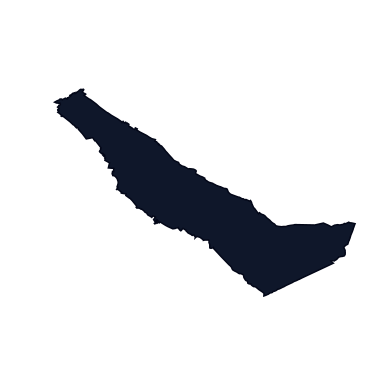 the district of Danesti, Harghita, Romania, rotated 210°
{"feature_id": "2599482B45137216184819", "entity_name": "Danesti", "entity_type": "district", "adm_level": 2, "iso_a3": "ROU", "parent_name": "Romania", "parent_adm1": "Harghita", "projection": "mercator", "projection_center": [25.693, 46.518], "detail": "fine", "context": "isolated", "style": "filled", "palette": "ink", "viewbox_px": 384, "rotation_deg": 210, "n_neighbors": 0, "source": "geoboundaries", "source_scale": "gbopen_adm2", "svg_char_len": 6005}
<svg xmlns="http://www.w3.org/2000/svg" viewBox="0 0 384 384"><g transform="rotate(210 192 192)"><path d="M336.9,226.5L337.2,226.6L337.4,226.7L338.2,226.0L339.9,225.1L340.5,223.7L340.7,222.6L341.0,222.1L341.1,221.6L341.4,221.3L341.5,220.9L341.8,220.6L341.8,220.2L342.2,220.2L342.1,219.7L342.1,219.1L342.2,218.9L342.6,218.7L343.0,218.9L343.2,219.2L343.4,219.2L343.6,218.8L344.2,218.3L344.1,218.1L344.3,217.9L344.6,217.7L344.5,217.3L344.9,217.1L345.0,216.2L345.5,215.5L345.0,215.5L344.9,215.3L345.0,214.7L345.2,214.4L345.8,214.2L345.4,213.8L345.6,212.8L346.1,212.5L346.4,211.7L346.9,211.4L347.0,211.0L346.9,210.9L346.5,210.8L346.4,210.7L346.5,210.3L346.8,210.0L347.5,209.9L348.6,210.0L350.5,207.0L351.2,207.3L351.7,207.2L352.4,206.7L352.5,206.3L352.8,206.4L353.3,205.0L353.7,204.3L354.3,203.8L355.0,202.6L355.9,201.1L353.9,201.3L351.9,202.2L351.6,202.2L351.0,202.8L350.9,202.6L350.1,202.5L349.9,202.2L349.8,201.6L350.2,200.9L350.1,200.6L350.2,200.3L350.6,200.3L350.5,199.7L350.9,198.3L348.9,197.9L349.1,197.0L349.5,196.2L349.3,195.9L349.1,196.2L348.2,195.7L347.9,195.7L348.1,193.9L347.2,193.9L343.1,193.3L343.3,192.4L342.4,192.4L342.2,193.2L332.6,191.8L328.5,190.8L327.7,190.9L326.9,190.8L326.2,190.4L324.1,189.8L323.9,190.4L323.1,190.5L322.7,190.4L322.2,189.8L321.4,189.4L315.9,187.6L310.1,185.1L305.2,189.4L301.8,187.7L301.3,188.2L292.7,184.7L292.9,183.8L292.3,183.1L292.5,181.6L292.4,180.9L291.7,180.5L289.0,180.0L288.8,180.0L288.6,180.9L286.4,180.3L287.0,179.8L285.8,179.4L285.9,179.2L287.1,179.5L287.3,179.2L284.1,178.3L284.3,177.6L283.8,177.5L283.3,175.9L278.0,176.0L276.5,171.0L273.3,172.5L272.1,173.2L271.5,173.4L271.0,172.1L270.0,170.5L271.1,170.1L270.3,167.9L270.0,168.1L269.8,168.0L269.4,167.5L269.1,166.9L268.8,166.6L268.2,166.9L267.0,167.2L265.2,166.8L263.5,166.1L261.0,163.9L260.2,162.3L259.8,160.6L259.5,159.0L258.5,159.2L258.6,156.5L258.3,156.5L258.2,157.4L252.9,156.5L252.9,155.8L252.3,155.8L248.1,157.3L247.6,155.9L243.1,155.4L242.5,155.5L239.3,154.6L234.2,152.6L233.2,152.3L232.8,151.7L232.7,151.2L232.6,151.3L232.4,151.2L231.9,150.6L231.6,150.5L231.2,150.9L230.2,151.4L229.3,151.7L228.7,151.7L228.1,151.6L227.7,151.8L227.4,151.7L227.1,152.0L224.5,151.7L222.6,151.0L220.6,151.1L219.6,150.4L218.5,150.0L216.7,150.1L214.6,150.0L214.1,149.9L214.0,151.9L211.1,151.9L211.5,148.9L209.9,148.1L209.4,147.9L208.7,150.5L207.8,150.3L207.2,150.0L208.4,147.5L208.9,146.0L208.2,145.8L207.4,147.8L206.7,147.4L205.8,149.1L205.0,148.9L204.8,150.1L198.2,149.9L195.4,150.0L190.2,150.5L188.3,152.0L188.2,152.3L186.2,154.4L185.8,154.2L185.7,153.7L184.4,153.4L183.8,153.0L182.3,152.8L182.0,153.5L181.9,154.7L181.6,156.0L179.5,155.8L178.6,156.0L177.4,155.2L176.5,155.1L175.2,154.6L173.3,154.6L171.4,154.8L171.0,154.6L170.1,154.5L169.0,155.8L168.7,155.7L167.9,155.1L167.2,155.0L166.6,154.6L166.3,153.8L166.0,154.9L165.3,156.0L163.1,156.6L162.0,156.7L158.3,156.2L158.0,155.8L157.3,156.5L153.8,158.6L153.5,158.7L152.5,157.8L152.1,156.8L151.8,156.5L150.7,155.7L150.0,154.8L148.8,152.7L148.4,152.4L147.4,152.8L146.4,153.6L145.7,154.7L144.8,153.8L134.1,150.5L123.6,147.5L121.9,147.2L120.4,146.7L118.5,145.3L117.6,144.9L114.7,144.9L113.9,145.1L110.6,144.9L109.8,145.1L108.4,146.0L107.8,145.8L106.1,146.0L104.7,144.4L104.2,143.8L101.8,142.5L101.0,142.3L99.7,142.5L99.1,142.1L98.0,140.9L97.6,140.9L96.4,141.0L95.8,141.5L95.3,141.8L95.2,141.6L93.8,141.1L92.4,140.9L91.2,140.9L90.3,141.4L89.2,141.6L85.3,140.9L80.7,140.6L78.9,140.2L77.8,137.9L76.1,139.9L75.9,140.3L74.9,141.5L73.9,143.6L72.8,144.5L72.1,145.4L72.1,146.1L71.9,146.6L71.0,147.3L70.0,148.6L69.4,149.9L69.1,150.7L68.2,151.4L66.6,153.7L65.7,155.2L65.3,155.5L63.8,158.1L59.6,164.1L59.2,165.1L57.1,167.7L56.3,169.0L55.4,170.1L53.8,172.6L34.0,201.0L35.9,201.2L37.2,201.7L36.2,202.6L35.5,203.0L34.2,203.5L34.0,204.3L33.5,204.9L32.9,206.3L32.7,207.3L32.4,209.0L31.7,209.6L31.0,210.4L29.7,211.3L28.4,212.6L28.1,213.0L28.2,214.6L29.1,216.3L29.7,217.1L30.2,218.0L31.2,218.8L32.8,219.6L32.5,222.0L32.1,222.9L31.0,224.7L31.7,227.8L31.7,228.8L31.9,229.5L32.1,230.9L33.0,234.7L33.0,235.7L33.2,236.2L33.3,237.5L33.8,240.3L34.0,240.7L34.3,242.7L34.6,244.0L34.9,246.1L38.1,245.1L40.3,244.1L41.1,244.3L41.9,243.1L42.1,242.7L42.5,242.3L42.7,241.9L43.1,241.4L44.4,240.9L44.6,240.3L44.7,239.9L44.9,239.6L46.2,238.5L46.9,237.8L47.8,237.2L49.6,236.5L52.0,234.5L53.9,231.5L57.4,231.4L62.7,230.8L69.2,224.8L86.6,215.2L87.6,214.2L90.1,212.3L92.0,210.7L93.4,209.1L95.5,207.9L97.1,206.7L100.1,205.4L102.4,204.7L104.5,205.5L106.9,205.5L108.8,205.9L110.7,206.5L114.3,207.0L117.2,207.9L118.9,207.9L120.7,207.5L123.3,207.8L123.6,206.4L129.5,209.0L130.9,209.3L135.5,212.7L135.4,212.9L137.1,213.9L137.6,212.9L141.6,212.5L141.9,211.9L143.2,211.6L144.0,211.8L145.4,211.2L148.2,211.2L149.6,210.7L157.2,209.4L158.5,209.5L160.5,210.1L163.0,212.1L164.3,212.0L165.7,211.3L167.3,211.0L169.9,210.8L170.8,210.5L174.2,209.9L176.4,209.9L177.5,209.7L178.3,209.9L181.9,209.0L183.6,208.9L184.3,209.1L185.6,209.0L186.7,209.4L187.5,209.4L187.8,210.3L190.2,210.3L193.2,209.8L196.5,209.8L196.9,209.5L197.9,209.9L198.5,210.7L198.6,211.0L198.8,212.3L199.7,212.7L200.8,212.7L202.0,212.6L203.5,212.0L205.9,210.9L206.2,210.5L206.6,210.3L207.5,210.1L211.1,210.2L213.5,209.6L214.9,209.6L216.6,209.7L217.1,209.8L217.7,210.4L218.6,210.9L220.8,210.5L223.7,210.4L226.4,211.4L230.9,212.8L233.1,213.6L235.2,214.2L237.4,215.2L241.4,216.6L243.9,216.2L244.0,216.8L245.0,216.5L245.1,217.1L247.5,217.4L247.7,217.8L248.3,217.7L248.5,217.5L249.7,217.4L249.9,219.1L253.4,218.1L256.9,218.1L259.5,218.3L267.4,217.9L271.0,218.1L271.0,219.3L273.1,219.2L273.0,218.3L273.2,217.3L274.8,217.2L275.8,217.5L277.5,217.4L277.6,217.6L277.9,217.6L279.1,217.2L280.0,217.9L280.5,219.1L282.5,219.3L282.7,218.7L284.3,219.3L284.9,217.9L287.0,218.7L287.3,217.2L287.8,217.6L292.9,218.1L300.0,218.1L304.7,218.5L305.4,218.3L314.8,219.4L318.8,220.3L326.1,221.2L327.9,221.1L331.4,221.4L333.7,221.7L333.0,223.6L334.2,223.7L334.4,223.3L337.0,223.8L337.0,224.9L336.8,225.4L336.9,225.5L336.9,226.5Z" fill="#0f172a" stroke="#020617" stroke-width="1.5"/></g></svg>